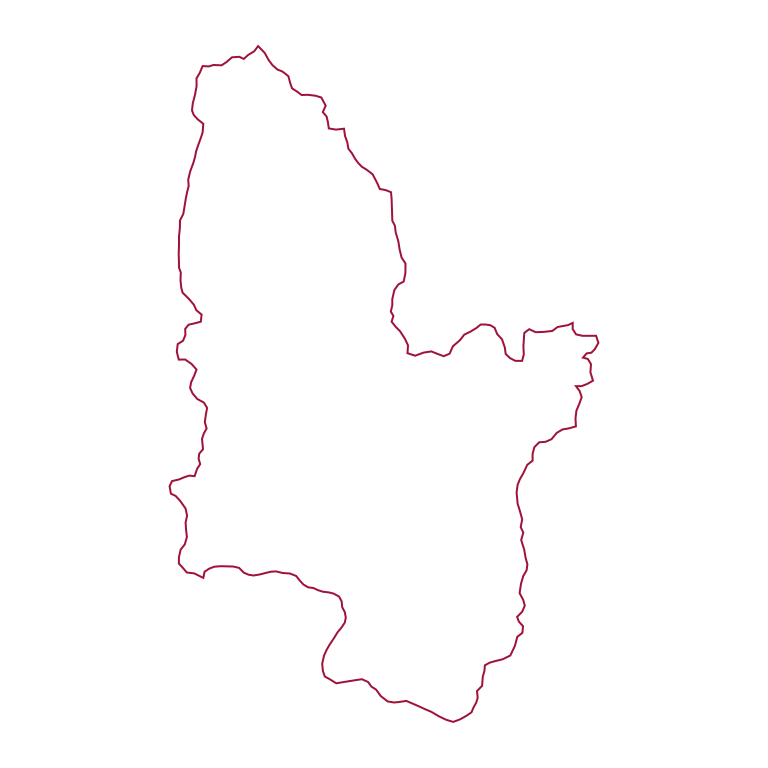 outline of Manhuaçu, Minas Gerais, Brazil
{"feature_id": "56859067B51161796395181", "entity_name": "Manhuaçu", "entity_type": "district", "adm_level": 2, "iso_a3": "BRA", "parent_name": "Brazil", "parent_adm1": "Minas Gerais", "projection": "albers", "projection_center": [-42.103, -20.184], "detail": "fine", "context": "isolated", "style": "outline", "palette": "rose", "viewbox_px": 768, "rotation_deg": 0, "n_neighbors": 0, "source": "geoboundaries", "source_scale": "gbopen_adm2", "svg_char_len": 4035}
<svg xmlns="http://www.w3.org/2000/svg" viewBox="0 0 768 768"><path d="M178.9,557.2L178.9,563.6L182.8,567.8L186.8,572.5L194.3,573.4L203.3,577.9L204.6,571.7L209.1,568.7L214.3,566.7L221.0,566.2L228.3,566.4L233.1,566.5L239.1,567.9L243.9,572.7L248.6,574.7L253.6,575.5L260.1,574.4L266.3,572.8L270.9,571.7L276.0,571.4L282.6,573.0L289.9,573.5L296.2,576.0L299.4,580.1L303.4,584.5L308.1,587.3L313.4,588.0L317.8,590.1L322.9,591.7L328.8,592.4L333.7,593.6L339.1,596.6L341.7,601.5L342.2,607.2L344.8,612.1L345.8,617.6L344.8,622.6L341.4,627.7L337.6,632.2L333.8,638.4L329.7,644.5L326.6,649.9L324.0,655.7L322.2,663.7L322.9,671.0L324.8,676.5L329.7,679.2L336.3,683.3L344.0,682.0L352.7,680.6L361.9,679.2L368.1,682.0L371.4,686.6L376.1,689.6L380.7,696.0L387.6,701.4L394.1,702.5L399.2,702.0L406.3,700.9L413.8,704.1L419.7,706.7L424.9,709.1L431.3,711.8L438.9,716.3L446.2,719.8L453.3,721.9L460.2,719.3L466.7,715.6L471.5,712.3L473.8,706.9L476.2,702.7L477.7,697.8L477.0,691.1L482.1,685.8L482.8,676.5L484.4,671.1L484.9,665.3L489.8,662.6L496.0,660.9L502.6,659.3L510.3,655.5L514.9,645.9L517.3,636.8L522.4,632.8L523.0,626.2L518.9,621.6L517.1,616.9L522.2,611.7L524.8,605.6L523.2,599.9L519.6,593.1L521.0,583.7L523.3,576.0L526.6,570.3L527.4,564.3L525.6,557.8L524.2,549.6L521.2,540.0L523.3,532.6L520.7,527.1L522.2,519.4L520.1,511.7L517.6,503.6L517.1,497.7L516.6,492.5L517.6,484.9L519.9,479.2L523.6,472.7L527.2,464.9L532.6,460.6L532.6,453.7L534.4,447.1L539.2,442.3L545.6,441.8L551.5,439.2L556.7,432.9L562.6,429.4L568.3,428.5L575.9,426.4L575.5,418.4L576.4,410.7L579.2,404.1L581.7,397.1L579.6,391.0L576.0,386.2L581.7,386.1L587.1,384.0L593.0,380.7L590.4,372.2L591.0,364.2L587.9,359.0L583.0,357.6L586.6,353.4L591.4,352.7L594.8,349.2L598.4,342.9L596.1,335.8L588.1,335.8L582.4,335.8L576.1,334.4L572.7,329.1L572.7,322.9L568.1,325.1L562.5,326.1L557.6,327.0L552.2,331.0L543.5,331.9L535.7,332.2L529.2,329.2L524.3,332.9L523.9,338.8L523.4,346.4L523.8,354.4L522.1,360.9L515.4,360.9L510.0,358.1L505.7,354.0L504.8,347.4L502.0,339.3L497.2,334.1L494.6,327.8L490.3,325.2L485.4,324.5L480.7,324.5L476.4,328.0L470.7,331.5L464.3,334.6L460.0,340.1L452.9,346.3L449.6,353.7L443.7,356.2L437.8,354.0L431.3,351.4L423.6,352.6L415.2,355.7L407.5,353.2L408.0,345.3L404.9,338.7L400.1,331.3L395.5,326.6L391.6,321.7L393.4,315.9L390.8,311.6L392.3,305.3L392.3,299.0L394.4,290.0L398.3,284.5L403.7,281.5L405.4,273.1L405.5,263.5L401.6,257.6L399.6,249.4L398.3,241.2L395.7,232.4L394.9,225.7L392.3,220.7L392.1,213.1L391.8,205.1L391.6,198.8L391.0,192.2L385.7,190.1L379.8,189.0L377.2,183.1L372.7,174.4L366.8,169.8L361.9,166.8L358.4,163.2L355.3,159.1L351.9,153.2L348.4,148.7L347.3,142.4L345.0,135.8L344.0,128.7L336.0,129.6L328.8,128.4L327.9,122.1L326.6,116.5L322.8,112.1L325.7,105.7L321.3,97.5L315.4,95.7L307.7,94.8L301.6,95.0L297.4,91.8L292.1,88.4L290.2,83.1L288.4,76.2L282.4,71.5L277.4,69.5L272.5,65.2L268.6,60.0L264.7,52.9L258.1,46.1L254.2,51.3L248.1,55.0L243.8,58.9L239.3,56.8L232.0,57.3L226.7,61.9L221.6,65.3L213.4,65.0L208.9,66.4L202.6,66.1L199.7,73.0L196.5,78.4L196.6,86.1L195.1,94.3L192.8,103.3L192.0,110.4L193.8,115.1L197.9,119.5L203.3,123.8L202.6,132.6L200.3,139.4L198.0,145.7L196.1,151.3L195.1,156.7L193.3,163.0L190.2,171.4L188.2,179.7L188.7,186.0L187.2,191.7L185.8,198.6L184.8,204.8L183.3,213.9L180.0,220.4L179.9,227.7L179.0,236.4L179.0,245.4L178.7,253.6L178.9,260.2L179.0,267.6L180.8,272.5L180.5,280.1L181.2,287.3L182.6,292.7L186.0,296.0L189.6,299.7L193.9,304.8L196.3,310.2L201.6,314.6L200.8,321.7L194.4,323.4L188.6,324.7L185.2,328.9L185.4,335.0L183.1,340.7L177.7,344.1L176.8,351.9L178.8,359.6L185.2,359.5L191.6,364.0L196.5,369.6L194.4,375.2L191.1,382.3L190.1,388.0L192.6,393.5L197.3,399.0L203.9,402.6L207.1,407.9L205.8,415.1L204.8,422.0L206.6,428.5L203.8,433.5L202.0,438.9L202.5,443.9L203.0,449.3L199.2,453.7L198.6,458.7L200.2,464.1L197.1,468.8L194.6,476.2L189.4,475.6L184.6,477.1L178.9,479.5L172.0,481.1L169.6,486.2L170.9,493.7L175.6,495.9L180.1,500.8L185.5,508.4L187.1,515.6L185.6,522.5L186.1,530.1L186.9,537.0L184.8,544.4L180.7,549.5L178.9,557.2Z" fill="none" stroke="#9f1239" stroke-width="2"/></svg>